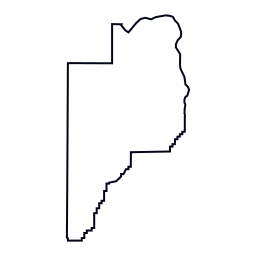 Grant, Washington, United States of America (Mercator projection), rotated 180°
{"feature_id": "52423323B96573779490833", "entity_name": "Grant", "entity_type": "district", "adm_level": 2, "iso_a3": "USA", "parent_name": "United States of America", "parent_adm1": "Washington", "projection": "mercator", "projection_center": [-119.611, 47.294], "detail": "fine", "context": "isolated", "style": "outline", "palette": "ink", "viewbox_px": 256, "rotation_deg": 180, "n_neighbors": 0, "source": "geoboundaries", "source_scale": "gbopen_adm2", "svg_char_len": 1194}
<svg xmlns="http://www.w3.org/2000/svg" viewBox="0 0 256 256"><g transform="rotate(180 128 128)"><path d="M134.3,231.7L143.9,231.9L143.9,221.9L143.9,192.7L188.1,192.9L188.4,134.1L188.8,61.7L189.1,18.5L188.2,17.8L188.1,15.4L174.2,15.4L174.2,18.0L171.7,18.0L171.7,23.0L169.2,23.0L169.2,25.5L164.3,25.5L164.3,28.0L161.8,28.0L161.8,42.9L159.3,42.9L159.3,47.7L156.8,47.8L156.8,52.8L154.4,52.7L154.4,55.2L151.9,55.2L151.9,65.0L149.5,65.0L149.5,72.4L147.0,72.4L147.0,73.3L139.8,74.8L134.9,79.5L134.9,82.0L132.5,81.9L130.0,86.8L127.5,86.8L127.6,89.2L125.2,89.2L125.1,103.8L86.0,104.5L86.0,109.4L83.5,109.4L83.5,111.9L81.1,111.9L81.0,116.8L78.6,116.8L78.6,119.3L76.2,119.4L76.1,121.8L73.7,121.8L73.7,124.2L71.2,124.3L71.2,139.3L71.0,141.1L71.5,142.4L71.3,147.4L70.6,151.0L71.6,153.6L71.5,156.9L70.4,159.3L68.8,160.2L66.9,166.1L68.0,169.0L70.5,171.5L71.6,179.1L75.6,187.5L76.0,191.7L75.8,201.7L80.1,208.7L80.1,211.8L78.3,215.8L75.2,219.1L74.9,222.0L74.9,224.4L77.9,232.2L81.2,235.7L83.0,239.0L83.5,239.3L85.3,239.8L86.2,240.2L90.5,240.6L100.2,238.9L104.9,236.7L110.7,238.2L115.4,237.0L119.6,233.2L127.6,223.6L130.6,225.6L134.7,230.6L134.3,231.7Z" fill="none" stroke="#020617" stroke-width="2"/></g></svg>